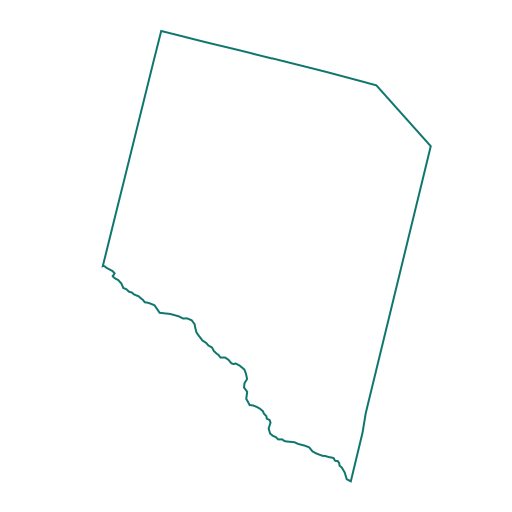 outline of Montezuma, Colorado, United States of America, rotated 104°
{"feature_id": "52423323B17337947288307", "entity_name": "Montezuma", "entity_type": "district", "adm_level": 2, "iso_a3": "USA", "parent_name": "United States of America", "parent_adm1": "Colorado", "projection": "mercator", "projection_center": [-108.315, 37.319], "detail": "fine", "context": "isolated", "style": "outline", "palette": "teal", "viewbox_px": 512, "rotation_deg": 104, "n_neighbors": 0, "source": "geoboundaries", "source_scale": "gbopen_adm2", "svg_char_len": 1672}
<svg xmlns="http://www.w3.org/2000/svg" viewBox="0 0 512 512"><g transform="rotate(104 256 256)"><path d="M60.6,402.4L92.1,402.5L93.7,402.5L215.2,402.3L215.4,402.3L245.7,402.3L302.8,402.2L302.5,401.8L302.7,400.1L303.6,398.4L304.4,395.2L305.3,391.6L307.0,389.0L308.8,389.6L310.2,390.2L311.1,389.0L312.1,386.5L312.6,384.0L315.3,379.9L319.2,377.0L319.5,374.0L321.4,370.5L321.5,367.5L322.7,365.3L323.2,362.6L323.4,360.3L324.8,357.7L326.0,355.0L327.8,352.8L327.5,349.7L327.8,346.3L328.4,342.5L334.4,335.8L333.7,330.3L333.0,325.3L333.2,316.4L334.3,311.6L333.2,307.9L333.9,302.9L337.0,299.1L340.1,297.7L344.5,295.3L347.1,292.4L349.7,289.0L350.9,287.7L352.4,283.3L354.3,280.6L355.4,276.6L358.3,274.0L360.1,270.9L361.1,268.4L363.1,265.9L362.0,261.4L363.4,257.6L366.1,253.9L366.3,251.6L365.2,249.8L366.3,245.4L368.9,239.9L372.4,237.4L377.5,234.9L382.4,236.4L386.5,235.8L389.9,231.7L397.0,230.9L399.7,228.3L402.2,226.1L401.7,222.7L402.3,218.5L403.2,215.3L404.9,211.8L407.0,210.2L409.0,207.1L411.2,206.2L411.8,203.2L414.2,201.6L417.1,201.8L420.3,202.0L422.6,200.7L424.9,199.3L426.4,196.1L426.9,193.0L428.6,190.1L427.6,186.3L428.7,183.5L428.5,180.9L427.8,176.6L427.4,173.6L428.1,170.0L428.2,167.2L428.2,162.9L428.8,158.1L431.9,154.0L432.9,150.3L433.4,146.6L433.8,143.2L433.3,140.6L433.5,136.0L433.2,133.6L433.4,131.6L434.7,130.7L435.6,129.5L435.2,127.1L436.7,125.3L439.2,124.2L440.6,121.5L444.7,117.5L450.6,114.0L451.7,109.5L401.5,109.9L382.0,111.5L107.2,113.0L61.3,180.5L60.4,230.8L60.3,288.0L60.5,288.3L60.5,305.8L60.4,310.0L60.4,321.2L60.7,350.9L60.7,351.0L60.7,352.1L60.7,358.1L60.7,362.6L60.7,368.0L60.7,368.9L60.6,402.4Z" fill="none" stroke="#0f766e" stroke-width="2"/></g></svg>